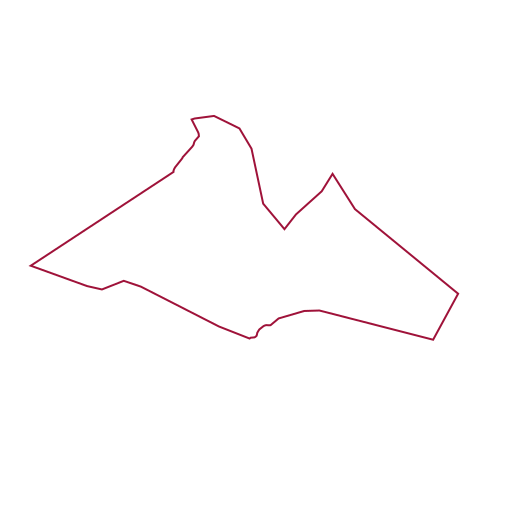 SVG path tracing the border of Saint John, rotated 116°
{"feature_id": "DMA-1435", "entity_name": "Saint John", "entity_type": "Parish", "adm_level": 1, "iso_a3": "DMA", "parent_name": "Dominica", "parent_adm1": "", "projection": "robinson", "projection_center": [-61.45, 15.568], "detail": "fine", "context": "isolated", "style": "outline", "palette": "rose", "viewbox_px": 512, "rotation_deg": 116, "n_neighbors": 0, "source": "natural_earth", "source_scale": "10m", "svg_char_len": 788}
<svg xmlns="http://www.w3.org/2000/svg" viewBox="0 0 512 512"><g transform="rotate(116 256 256)"><path d="M161.5,373.7L159.3,371.4L148.5,355.1L148.6,326.8L161.5,307.1L205.8,272.5L219.4,242.2L201.1,238.3L169.0,225.3L148.6,223.2L170.5,187.6L201.3,57.8L253.6,60.1L277.2,175.1L284.3,188.6L302.2,208.3L311.8,212.6L312.5,213.8L313.7,216.6L314.7,217.7L315.7,218.5L320.5,220.8L321.9,221.0L324.4,221.2L325.5,220.9L326.4,220.7L327.4,220.5L328.2,220.8L329.1,221.2L329.8,221.7L331.8,225.0L333.0,225.6L335.6,258.4L334.0,346.1L336.3,364.0L353.6,379.8L357.1,394.7L363.5,454.2L216.6,367.0L215.6,367.5L213.9,367.7L211.8,367.6L200.5,365.1L199.4,365.2L185.6,361.2L183.4,360.9L180.9,361.4L179.3,361.4L173.4,359.8L171.3,361.1L170.2,362.2L161.5,373.7Z" fill="none" stroke="#9f1239" stroke-width="2"/></g></svg>